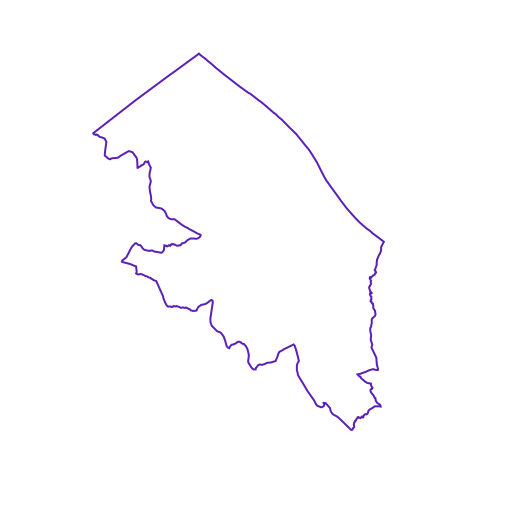 outline of Kalemie, Katanga, Democratic Republic of the Congo, rotated 324°
{"feature_id": "63176286B6958016734749", "entity_name": "Kalemie", "entity_type": "district", "adm_level": 2, "iso_a3": "COD", "parent_name": "Democratic Republic of the Congo", "parent_adm1": "Katanga", "projection": "equal_earth", "projection_center": [28.753, -6.07], "detail": "fine", "context": "isolated", "style": "outline", "palette": "violet", "viewbox_px": 512, "rotation_deg": 324, "n_neighbors": 0, "source": "geoboundaries", "source_scale": "gbopen_adm2", "svg_char_len": 6009}
<svg xmlns="http://www.w3.org/2000/svg" viewBox="0 0 512 512"><g transform="rotate(324 256 256)"><path d="M293.4,58.8L250.3,59.2L195.8,61.0L196.4,61.3L196.5,62.4L197.0,62.7L197.6,64.0L198.4,64.0L199.0,64.8L199.4,67.5L199.9,68.3L200.9,69.3L202.6,72.0L202.0,75.8L200.6,77.2L196.2,81.8L194.0,84.2L192.7,85.9L193.8,90.5L195.0,92.1L196.3,92.0L198.6,93.3L201.9,95.3L205.3,95.3L214.7,96.3L217.1,99.4L217.1,101.7L217.1,106.6L216.6,107.8L215.1,110.3L213.0,113.5L211.5,115.6L212.1,115.3L213.6,115.1L215.2,115.6L216.4,115.2L217.6,115.7L219.4,115.7L221.3,114.6L222.3,114.7L223.2,116.2L224.3,116.1L223.9,117.4L223.3,119.2L222.8,122.8L222.2,123.2L221.7,123.8L221.4,124.1L219.3,125.8L217.8,127.4L216.3,129.3L215.7,131.7L214.6,134.0L210.9,137.0L209.8,138.5L207.8,142.2L206.3,145.6L204.6,148.5L203.4,149.7L202.8,154.6L203.6,158.0L205.8,160.2L207.4,162.0L207.9,163.5L208.5,166.0L208.0,169.3L207.3,171.3L207.5,174.0L208.7,176.0L210.2,177.4L211.2,177.8L211.8,178.7L213.2,183.2L214.2,186.7L215.1,189.1L216.0,191.1L217.2,193.2L217.7,194.8L220.1,199.5L221.6,202.9L223.0,205.2L223.5,206.0L223.6,206.5L222.8,207.3L221.4,207.6L219.7,207.6L217.9,207.1L216.3,205.6L213.4,203.4L210.3,202.9L208.2,203.1L206.5,203.4L203.1,202.2L202.1,202.8L200.7,202.8L199.9,202.0L198.9,201.9L197.8,200.8L197.0,198.9L196.5,198.7L195.8,197.3L195.2,197.4L194.8,196.9L194.1,197.1L193.8,196.8L192.5,197.3L192.1,196.3L192.0,196.1L190.1,196.2L189.9,196.0L189.4,195.0L189.2,195.1L188.9,194.4L188.1,193.5L187.3,194.4L185.1,197.0L184.4,197.3L182.5,197.9L181.2,197.7L178.6,194.8L176.3,192.6L175.4,190.7L174.8,190.1L172.8,189.3L169.7,185.9L169.1,184.8L168.8,183.1L168.9,179.6L168.8,179.4L167.3,177.8L166.7,175.3L165.9,174.8L161.7,175.4L159.4,176.3L153.9,179.1L150.2,180.9L145.1,181.0L144.2,182.1L149.6,188.7L151.7,192.2L152.9,193.9L150.1,198.8L148.7,199.7L148.9,200.1L149.8,201.7L152.3,202.8L154.1,205.8L154.4,206.4L154.6,207.0L155.4,208.0L156.0,208.7L156.7,210.4L157.7,211.6L158.0,213.1L158.5,213.7L158.9,215.2L159.1,215.6L160.6,217.7L159.2,224.1L157.1,234.2L156.4,235.3L155.2,239.8L154.7,243.6L155.1,245.3L157.2,246.6L157.9,247.8L158.8,248.2L159.8,248.0L160.4,248.5L161.4,249.7L162.3,249.8L164.1,252.4L164.7,253.7L165.6,254.3L166.5,254.4L167.9,256.2L169.1,256.5L169.6,257.4L170.3,259.0L171.1,260.1L171.2,260.7L171.2,261.5L172.7,263.4L175.7,265.2L178.9,263.5L180.6,263.3L183.1,263.4L185.2,264.4L187.4,265.2L188.9,265.3L191.4,265.2L194.1,265.3L194.6,266.4L193.9,268.0L191.6,270.3L182.1,280.0L180.2,283.0L179.6,285.1L179.2,286.3L180.3,293.9L182.2,296.9L182.5,298.4L182.5,302.2L181.4,306.1L180.2,309.2L179.4,311.4L179.3,313.2L180.1,314.8L182.6,313.7L184.3,313.5L185.6,314.3L187.2,314.5L188.1,314.8L190.3,314.7L191.7,315.1L193.0,316.8L192.9,317.5L193.5,319.1L194.5,319.9L194.8,323.5L194.2,326.7L192.1,331.8L189.9,334.3L187.9,336.3L187.1,338.0L186.8,342.8L186.9,344.9L187.5,346.6L189.2,347.5L189.9,346.6L192.8,345.8L194.0,345.6L195.5,346.1L196.7,347.5L199.6,348.6L202.2,348.9L205.6,351.0L208.1,351.8L210.1,352.5L214.2,350.0L216.8,348.1L218.6,347.3L221.4,347.7L224.1,347.9L234.4,349.7L234.5,351.7L232.9,356.4L231.4,360.3L230.3,363.0L229.0,366.1L226.4,367.3L224.7,368.6L222.0,372.4L221.0,374.9L220.0,376.9L219.6,380.5L219.2,386.1L218.3,395.4L218.1,407.3L217.5,410.4L217.5,413.1L219.9,416.8L221.2,417.2L222.6,417.2L224.0,416.3L224.2,414.6L224.5,414.6L225.9,416.1L226.5,422.5L225.4,425.0L225.1,426.8L225.1,428.9L225.5,430.0L226.8,432.6L227.3,433.9L227.8,435.7L228.6,440.0L230.3,449.8L230.8,452.7L232.1,453.2L233.3,452.3L234.8,452.2L235.3,451.6L236.1,449.7L236.5,449.6L237.4,448.5L238.7,448.3L239.3,447.6L240.2,447.8L241.3,446.9L242.8,446.8L243.4,446.2L244.1,446.4L244.3,447.5L244.8,447.6L245.2,448.4L246.0,448.3L246.7,448.9L247.4,448.2L247.8,448.4L248.1,449.4L248.3,449.3L248.7,448.9L249.0,448.6L249.8,448.4L250.2,448.1L251.4,448.2L252.3,449.1L253.3,449.2L255.2,448.1L256.0,447.2L258.2,447.0L260.9,447.4L263.7,447.4L267.2,450.0L268.3,451.1L268.9,449.9L268.9,449.1L268.8,448.8L267.8,446.6L267.7,445.6L267.8,443.5L269.1,441.1L268.7,440.7L268.7,439.9L269.1,438.1L268.9,434.1L269.2,432.7L269.8,431.8L270.4,431.4L271.4,431.6L271.8,431.2L272.2,431.4L272.8,431.1L272.7,430.5L273.0,428.5L274.0,426.7L272.4,425.3L271.1,423.5L270.5,421.8L269.2,416.5L269.3,415.8L269.6,415.0L268.8,414.1L268.6,411.5L271.6,412.8L273.9,413.4L276.9,414.3L279.9,414.8L284.3,416.4L285.8,418.4L287.4,419.9L288.3,419.2L290.1,414.6L293.6,408.9L295.6,397.9L298.0,396.0L299.3,391.8L300.2,390.4L302.7,387.7L303.8,384.9L305.0,382.9L305.9,381.7L307.9,380.6L308.1,380.3L308.7,379.6L309.6,379.0L312.3,375.5L313.0,374.9L317.1,374.4L318.3,373.6L320.1,370.2L320.1,367.9L320.4,366.8L321.9,364.8L322.0,364.2L322.6,363.4L322.0,362.6L322.5,361.3L322.5,360.9L322.1,360.6L322.1,359.9L322.6,359.8L322.8,359.2L323.9,358.9L324.2,358.6L324.4,357.9L325.4,356.8L325.2,355.6L325.7,353.9L326.0,353.4L326.4,353.2L327.0,354.0L327.8,354.0L327.9,353.7L327.8,352.1L327.7,351.2L329.0,348.0L329.7,347.4L330.5,347.3L330.9,346.8L331.7,346.7L332.9,345.8L333.5,344.5L334.4,343.8L334.7,341.5L335.0,341.6L335.5,340.2L336.0,340.1L336.3,340.3L336.7,341.1L337.4,340.8L339.8,340.6L340.0,340.7L340.9,340.9L341.9,340.3L342.0,340.1L342.7,340.1L343.1,340.0L343.4,340.0L343.5,339.9L343.5,339.6L343.6,339.4L343.6,339.2L343.7,338.9L343.6,338.7L343.7,338.4L343.8,338.2L343.7,338.1L343.7,337.9L343.7,337.6L343.7,337.3L343.8,337.3L344.0,337.3L346.3,335.5L348.0,334.5L350.3,331.7L351.9,330.0L355.7,327.7L357.5,327.0L360.3,325.2L362.4,322.4L364.6,321.2L367.8,319.7L367.2,317.5L363.6,305.8L363.1,303.0L361.9,299.5L360.7,294.8L359.6,289.8L358.7,283.9L357.5,271.8L357.4,270.3L357.2,262.0L357.3,236.2L357.7,232.3L358.8,225.0L360.3,216.3L361.0,207.6L361.3,201.8L361.3,200.0L361.0,196.8L360.2,180.7L359.8,178.4L358.7,172.3L357.0,160.6L355.9,156.9L355.8,155.8L355.4,153.0L355.0,151.7L354.5,150.6L353.4,145.6L350.7,134.4L350.3,133.5L349.6,131.4L346.7,121.2L345.9,119.9L343.3,112.1L341.9,107.7L338.2,95.0L336.8,90.2L334.2,80.4L332.9,74.4L331.7,70.1L331.3,68.1L329.1,60.5L328.9,58.8L294.5,58.9L294.0,58.8L293.4,58.8Z" fill="none" stroke="#5b21b6" stroke-width="2"/></g></svg>